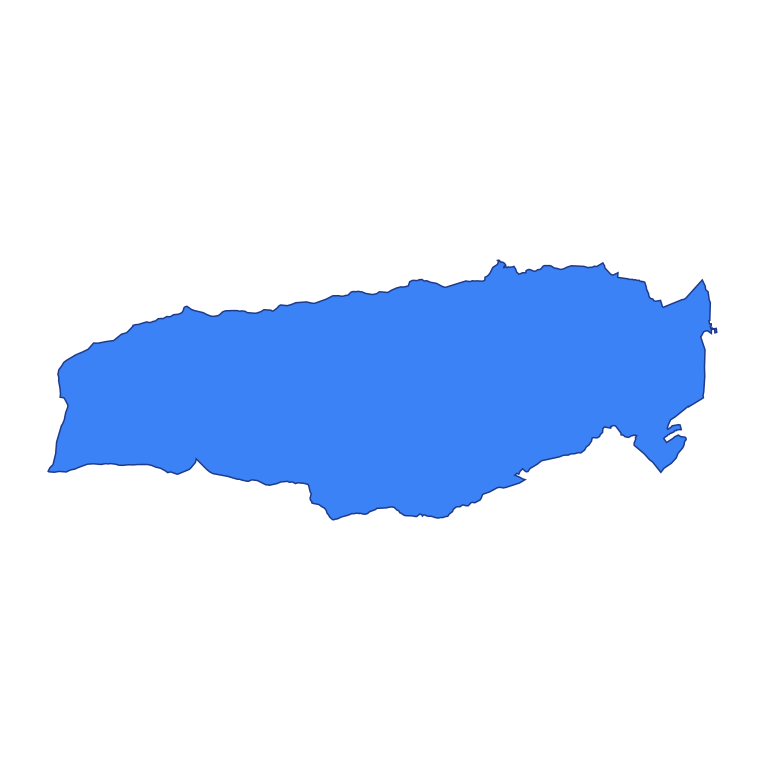 Horezu, Vâlcea, Romania, rotated 275°
{"feature_id": "2599482B98949202654469", "entity_name": "Horezu", "entity_type": "district", "adm_level": 2, "iso_a3": "ROU", "parent_name": "Romania", "parent_adm1": "Vâlcea", "projection": "albers", "projection_center": [23.988, 45.225], "detail": "fine", "context": "isolated", "style": "filled", "palette": "blue", "viewbox_px": 768, "rotation_deg": 275, "n_neighbors": 0, "source": "geoboundaries", "source_scale": "gbopen_adm2", "svg_char_len": 6134}
<svg xmlns="http://www.w3.org/2000/svg" viewBox="0 0 768 768"><g transform="rotate(275 384 384)"><path d="M504.1,698.8L505.9,696.3L509.6,695.4L515.4,692.0L496.2,677.5L494.5,675.7L494.1,673.7L484.7,655.4L485.4,654.6L491.4,652.2L490.1,647.4L490.5,645.7L492.2,644.2L492.2,642.8L493.2,641.1L495.4,640.0L497.5,639.6L498.4,638.7L499.9,638.3L500.5,637.5L503.2,636.9L508.1,634.9L508.6,633.2L508.4,632.0L508.7,631.9L508.6,630.3L509.5,629.2L509.3,626.8L509.8,625.5L509.4,623.6L509.9,622.9L509.6,619.1L510.0,618.2L510.5,608.7L510.9,607.4L515.2,607.4L512.4,602.6L512.8,601.2L513.3,600.0L518.9,593.9L520.7,593.5L523.7,591.5L519.5,585.6L519.7,583.3L518.4,581.2L518.2,578.8L517.7,577.1L518.6,572.7L518.1,560.3L516.3,556.1L514.2,552.6L513.5,550.0L514.4,545.0L514.3,543.7L516.0,540.5L516.4,539.1L515.9,533.4L515.2,532.2L512.3,530.3L511.6,529.0L511.3,527.2L509.6,525.1L509.4,523.7L510.7,519.4L510.6,517.8L509.4,515.8L507.1,515.4L506.9,512.3L505.1,509.0L507.0,506.4L509.8,505.2L512.5,503.2L511.8,501.7L511.3,499.2L511.5,497.4L510.6,496.5L511.7,494.7L510.6,493.9L510.4,493.2L511.9,493.5L512.7,494.9L513.7,494.5L515.1,492.9L515.7,491.6L515.4,490.1L516.3,489.5L516.3,488.6L517.2,488.0L517.3,487.3L517.0,486.3L515.7,487.5L512.9,486.5L509.7,482.3L503.2,479.7L500.4,477.5L499.1,475.3L496.4,475.4L495.7,474.7L495.0,473.2L494.8,466.9L494.4,465.4L494.6,463.0L493.7,461.4L493.5,459.6L493.8,456.7L485.6,436.7L486.2,433.7L488.8,427.6L489.4,421.4L490.6,417.7L490.1,415.1L491.5,412.5L491.0,411.1L491.1,410.3L489.9,408.1L489.8,403.7L488.2,400.7L483.8,399.6L482.4,395.6L482.1,392.1L480.8,388.3L478.2,383.5L475.5,379.8L475.5,371.7L474.8,370.4L473.3,368.9L472.1,364.7L472.6,358.0L473.9,353.8L473.8,352.4L474.1,350.5L473.5,347.8L473.4,345.0L472.7,343.2L469.2,340.2L468.9,338.1L468.0,335.9L467.7,333.9L468.0,330.9L467.4,325.3L463.3,318.7L458.3,307.8L458.2,305.4L459.0,299.7L457.3,289.1L454.9,284.4L453.6,280.7L453.7,274.1L452.7,272.6L450.1,270.7L447.2,267.4L446.9,266.3L447.7,264.8L447.5,257.9L445.3,255.0L443.5,250.8L443.2,248.8L443.2,241.5L444.3,239.3L444.4,237.9L444.4,235.4L443.8,234.1L444.3,231.7L444.1,228.3L443.1,219.8L441.8,217.0L438.6,214.1L437.6,212.5L436.5,208.3L436.5,205.6L437.8,201.3L439.3,197.7L440.7,188.4L441.5,185.6L444.2,181.0L443.8,179.5L442.7,178.2L438.9,177.3L437.7,176.5L436.8,175.5L435.5,172.8L434.7,168.4L432.3,165.1L432.3,161.8L429.8,158.1L429.9,156.7L429.3,153.3L426.8,150.8L426.3,148.7L425.0,146.3L424.8,145.1L425.1,141.9L421.9,134.1L421.5,131.5L420.5,128.8L419.9,129.1L413.2,123.7L412.4,122.6L410.7,118.1L403.7,110.9L402.1,103.7L399.7,95.4L399.5,91.2L392.8,86.2L389.2,80.2L386.4,74.7L379.7,65.4L377.4,63.0L374.3,61.6L370.0,58.9L365.2,58.3L362.1,59.5L358.9,59.6L351.5,61.6L345.9,62.6L342.6,62.5L342.4,65.9L341.9,66.8L335.9,70.7L333.8,71.1L327.7,69.4L320.3,68.6L316.0,67.2L314.5,66.3L297.6,62.9L286.2,63.0L274.8,61.3L271.7,58.6L267.8,57.0L267.4,57.6L267.3,58.7L267.4,63.4L268.6,68.0L268.7,75.2L270.9,78.8L272.5,83.9L273.8,86.0L278.3,95.6L279.2,101.6L279.2,109.2L280.4,113.6L280.4,116.6L280.9,118.4L280.7,123.6L280.1,126.3L280.1,130.2L281.3,136.6L281.6,141.4L282.3,145.5L283.2,155.2L282.7,159.6L281.3,163.9L280.6,168.7L278.4,173.8L276.9,176.1L277.8,179.3L276.2,185.4L276.3,186.6L281.8,197.2L283.0,198.5L289.4,203.0L293.1,203.4L283.1,215.3L281.1,218.4L279.8,221.7L278.4,236.2L276.4,246.0L276.5,248.6L276.0,250.2L275.2,256.3L275.3,257.5L277.0,260.7L276.8,266.3L273.2,275.3L273.5,276.6L273.1,278.4L275.4,285.9L277.5,289.9L278.6,296.5L277.8,298.5L278.4,300.3L278.3,301.8L277.1,304.3L278.1,307.0L278.1,312.8L277.3,317.1L276.0,317.9L270.2,319.8L268.3,321.1L263.8,320.3L261.7,321.0L260.6,322.3L259.4,322.4L259.0,323.2L258.2,329.8L256.4,332.6L255.3,335.3L253.3,337.3L249.9,338.8L249.0,340.0L246.6,341.6L244.5,344.4L244.3,345.5L245.4,348.0L245.4,349.0L247.9,353.3L250.1,359.5L250.6,359.9L250.8,361.0L252.2,363.4L252.0,364.5L253.1,368.6L252.7,370.4L253.2,371.3L252.6,374.7L252.8,377.3L253.7,379.1L255.4,380.6L258.2,386.5L259.5,387.7L260.9,397.6L261.4,398.7L262.2,402.3L262.0,404.9L259.6,407.8L258.9,409.8L257.1,411.0L256.9,412.0L255.0,415.4L254.7,416.7L255.1,423.8L254.7,427.4L255.0,428.3L257.7,431.1L257.0,433.0L255.8,433.8L256.9,434.6L257.2,436.1L256.4,437.7L256.1,440.1L256.4,442.4L255.3,447.3L255.2,449.8L256.0,452.3L256.0,454.1L257.1,456.3L257.7,458.7L258.2,459.4L260.1,460.3L262.9,463.4L265.0,463.9L267.5,466.3L268.0,467.2L268.4,470.5L270.3,472.7L270.4,473.7L269.9,476.1L270.1,478.6L273.4,481.1L273.8,482.5L273.6,484.8L276.8,489.8L278.7,490.8L282.4,491.8L283.1,492.8L285.7,498.6L290.5,505.8L291.2,508.4L290.9,512.1L291.8,514.9L297.2,527.6L301.0,532.9L301.6,530.2L303.0,527.3L304.6,522.2L306.7,524.2L305.9,525.9L306.2,526.3L308.6,527.0L311.6,529.4L309.2,532.7L309.0,533.5L309.3,535.0L312.5,536.8L317.4,543.6L321.3,547.7L326.7,565.1L328.7,569.1L329.3,574.0L330.6,576.0L331.2,580.1L332.6,583.8L332.5,586.1L335.7,589.6L338.9,591.0L341.2,593.5L345.2,595.7L348.2,596.0L348.7,596.7L349.0,601.2L350.5,603.3L352.3,603.8L354.9,606.0L358.3,605.9L360.4,607.2L359.8,613.6L361.4,613.5L361.3,614.4L362.5,615.3L362.6,617.4L362.1,618.6L355.8,624.3L354.0,624.6L353.9,626.8L352.5,628.7L352.1,632.0L353.2,634.1L354.0,634.8L354.1,635.9L354.9,637.3L354.6,638.0L354.9,639.2L354.4,640.3L352.4,639.1L351.0,639.6L346.9,638.3L344.7,638.6L337.1,649.4L331.9,654.9L329.6,658.5L320.1,667.5L324.5,670.3L330.0,677.1L335.8,681.6L340.5,682.9L346.3,687.1L349.3,688.2L352.6,688.4L354.9,689.8L356.3,689.6L357.3,688.4L357.4,684.3L358.8,681.6L356.7,678.2L355.0,676.6L350.4,670.6L354.1,667.4L356.1,669.1L356.5,670.0L358.2,671.3L358.5,672.3L359.9,673.6L360.1,674.5L361.5,676.9L363.0,678.0L363.1,679.4L363.7,679.7L364.5,683.0L364.2,683.8L364.6,684.1L369.0,682.5L369.1,680.8L367.5,674.8L365.7,673.4L363.6,670.7L364.3,670.0L368.2,670.8L373.3,672.6L376.7,677.0L388.2,688.9L387.7,689.3L398.1,703.4L400.5,702.8L403.9,703.2L419.4,702.9L428.7,701.8L446.0,700.8L458.8,695.3L459.4,696.0L463.7,697.8L464.8,699.6L465.2,701.7L462.9,705.7L466.9,705.3L467.4,708.6L463.8,709.2L464.5,711.0L468.3,710.1L467.5,706.0L468.5,705.9L468.2,704.5L469.9,704.0L470.4,705.0L472.5,704.7L472.2,703.1L475.4,702.2L475.8,703.0L493.5,702.0L496.2,700.6L504.1,698.8Z" fill="#3b82f6" stroke="#1e3a8a" stroke-width="1.5"/></g></svg>